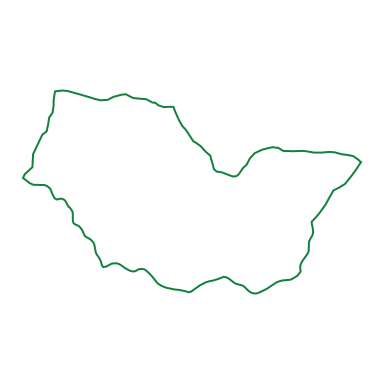 Shemjong, Chirang, Bhutan (Natural Earth projection)
{"feature_id": "84629894B63764516450796", "entity_name": "Shemjong", "entity_type": "district", "adm_level": 2, "iso_a3": "BTN", "parent_name": "Bhutan", "parent_adm1": "Chirang", "projection": "natural_earth1", "projection_center": [90.166, 27.038], "detail": "fine", "context": "isolated", "style": "outline", "palette": "green", "viewbox_px": 384, "rotation_deg": 0, "n_neighbors": 0, "source": "geoboundaries", "source_scale": "gbopen_adm2", "svg_char_len": 2487}
<svg xmlns="http://www.w3.org/2000/svg" viewBox="0 0 384 384"><path d="M361.0,162.2L357.8,159.3L353.1,156.0L346.2,154.8L342.0,154.3L334.6,152.3L329.4,151.9L321.5,152.6L314.1,152.6L304.0,150.9L293.0,151.2L283.2,150.9L278.3,147.9L272.2,147.2L262.7,149.5L254.8,153.1L249.9,158.4L246.8,164.4L242.8,168.3L238.5,174.6L236.3,176.2L232.8,176.5L226.4,174.1L221.8,172.3L216.8,171.6L213.8,169.0L213.0,165.2L211.3,159.5L210.3,155.7L205.5,151.5L200.6,146.1L196.2,142.9L193.2,141.1L186.3,130.4L182.2,125.9L178.6,119.4L175.3,111.9L173.4,106.9L168.2,106.9L163.8,107.1L158.1,105.2L155.4,102.8L152.4,102.5L146.3,99.2L141.9,98.9L133.1,98.0L130.9,96.9L125.7,94.2L121.0,94.8L117.2,95.9L113.6,96.8L107.8,99.8L101.1,100.3L95.7,99.2L91.0,97.7L80.9,94.7L67.9,91.1L62.7,90.5L55.0,91.4L54.2,96.5L53.6,100.9L53.6,105.7L52.5,112.8L49.1,117.7L48.2,124.2L46.6,131.4L42.4,134.6L39.1,141.5L35.6,148.9L33.1,154.2L32.4,167.2L24.8,174.2L23.0,178.0L25.6,179.9L29.3,182.9L32.6,184.5L34.3,184.9L36.9,184.9L38.9,184.9L44.1,185.0L46.7,185.9L48.7,187.2L50.6,189.3L52.0,193.2L53.7,196.6L54.6,198.2L56.8,199.5L59.6,198.9L61.4,198.6L64.0,199.6L65.5,201.2L68.4,206.5L70.3,208.2L71.6,210.1L72.7,212.4L72.8,214.5L72.8,220.3L73.5,223.1L75.4,224.6L77.3,225.3L79.3,226.4L81.4,229.0L82.5,230.8L84.6,235.7L86.4,237.1L88.5,238.3L90.3,239.3L91.9,240.7L93.4,242.6L94.3,244.6L95.8,252.5L96.7,254.4L98.5,257.0L100.7,260.8L101.9,265.3L103.2,267.1L106.4,266.5L111.0,264.0L112.9,263.4L116.3,263.3L118.3,263.7L120.8,265.0L125.0,268.1L129.8,270.7L132.8,271.5L135.3,271.2L137.1,270.1L139.2,269.1L142.6,268.9L144.6,269.5L147.0,271.3L148.9,273.0L151.5,275.8L153.0,277.6L155.5,280.8L157.6,283.4L160.3,285.1L163.1,286.6L165.0,287.2L166.6,287.8L174.2,289.4L178.8,289.9L184.7,291.0L188.3,292.2L190.2,292.0L192.5,290.6L200.0,285.3L205.6,282.4L209.4,281.2L213.0,280.6L218.7,278.8L223.7,276.8L225.7,277.1L228.8,278.6L233.3,282.1L235.5,283.6L238.5,284.5L241.7,285.2L243.9,286.3L248.2,290.6L249.9,291.9L251.9,292.9L254.3,293.5L256.9,293.4L259.0,292.6L262.4,291.0L264.9,289.8L267.6,288.3L271.8,285.5L273.9,284.2L275.9,282.7L278.5,281.5L282.7,280.4L290.6,279.7L295.0,277.3L297.5,275.6L300.6,271.7L300.2,267.6L300.3,265.6L301.1,263.3L302.4,261.0L306.1,255.8L308.2,252.6L308.7,250.7L308.9,243.7L309.1,241.4L310.6,238.4L312.5,235.0L313.2,232.2L313.0,230.2L312.5,226.7L311.9,224.6L311.7,221.7L316.0,217.2L318.9,213.8L325.4,204.9L328.8,198.6L333.5,190.4L338.9,187.7L345.1,183.9L351.3,176.1L355.4,170.6L361.0,162.2Z" fill="none" stroke="#15803d" stroke-width="2"/></svg>